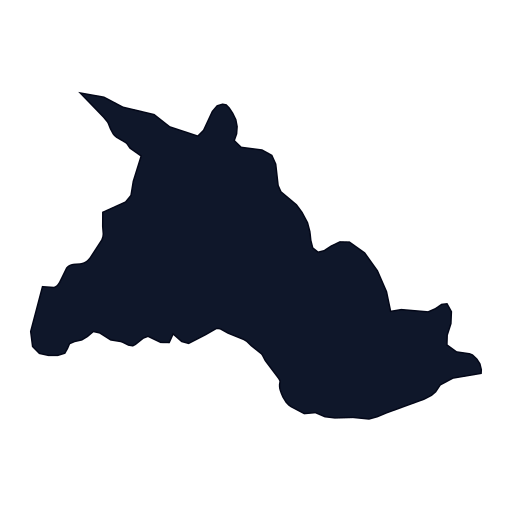 the Department of Chalatenango
{"feature_id": "SLV-1357", "entity_name": "Chalatenango", "entity_type": "Department", "adm_level": 1, "iso_a3": "SLV", "parent_name": "El Salvador", "parent_adm1": "", "projection": "robinson", "projection_center": [-89.111, 14.18], "detail": "fine", "context": "isolated", "style": "filled", "palette": "ink", "viewbox_px": 512, "rotation_deg": 0, "n_neighbors": 0, "source": "natural_earth", "source_scale": "10m", "svg_char_len": 1979}
<svg xmlns="http://www.w3.org/2000/svg" viewBox="0 0 512 512"><path d="M80.3,93.0L103.9,97.2L122.9,107.2L154.1,114.6L169.6,126.8L197.8,136.1L203.6,130.3L212.4,111.4L217.2,105.8L222.6,104.2L226.2,104.9L229.2,108.0L232.7,113.3L235.8,119.7L237.1,126.6L236.6,133.8L234.2,140.6L241.1,147.3L262.0,150.0L271.8,155.4L275.7,164.1L278.1,185.5L280.9,191.8L296.4,204.8L302.0,212.4L307.5,222.7L309.8,231.5L310.2,234.7L310.8,240.4L312.7,247.9L318.1,252.2L324.1,250.7L331.3,246.0L339.9,241.9L349.4,242.1L364.6,252.9L377.4,270.8L386.5,291.7L390.6,311.4L401.3,309.6L428.1,311.9L435.4,308.7L441.7,304.4L447.0,303.8L451.4,311.7L450.9,323.6L447.2,335.1L446.9,344.9L456.5,351.9L469.6,353.8L472.5,355.0L476.9,359.2L479.9,363.9L481.3,369.7L481.1,373.3L452.9,378.1L440.2,384.9L435.6,391.8L431.5,395.3L424.2,399.1L386.6,412.8L377.3,416.7L369.0,419.0L353.0,417.4L334.9,417.9L324.9,416.7L315.4,412.6L304.3,413.6L291.2,406.7L288.9,405.1L286.2,402.3L282.9,396.9L281.3,393.1L280.2,389.9L279.8,388.2L279.6,386.4L279.6,384.5L280.1,381.6L280.1,381.4L279.8,380.3L278.7,378.4L265.3,360.6L262.5,355.2L261.6,353.9L251.3,345.7L246.8,341.3L243.8,339.5L228.0,333.1L220.3,328.8L218.2,328.5L216.3,328.5L205.5,334.7L188.6,343.4L181.7,341.5L173.1,333.9L169.2,342.5L160.7,342.4L148.0,336.3L143.3,338.1L135.4,344.4L132.8,345.8L128.5,345.1L122.7,342.2L120.7,341.5L110.7,339.9L99.7,332.9L93.3,331.5L87.4,336.5L81.8,339.9L74.6,341.5L69.5,343.7L67.5,348.4L64.8,353.2L57.7,355.4L48.5,355.4L39.4,353.4L32.6,346.5L30.7,331.5L42.5,286.7L54.0,287.5L55.5,286.9L56.9,286.0L58.1,284.7L59.6,282.5L66.7,268.0L67.9,266.8L69.1,265.9L70.6,265.2L72.2,264.7L73.9,264.4L80.1,264.0L82.0,263.6L83.7,263.1L85.2,262.4L86.7,261.5L87.9,260.5L90.0,258.2L101.9,239.9L103.0,236.6L103.3,234.0L102.7,226.3L102.8,212.3L125.6,202.0L131.0,195.4L133.3,181.3L141.2,156.0L130.0,148.1L127.1,143.8L125.8,142.6L116.7,137.3L114.5,135.4L113.2,133.8L110.5,128.8L108.4,123.5L107.7,122.1L103.6,117.1L80.3,93.0Z" fill="#0f172a" stroke="#020617" stroke-width="1.5"/></svg>